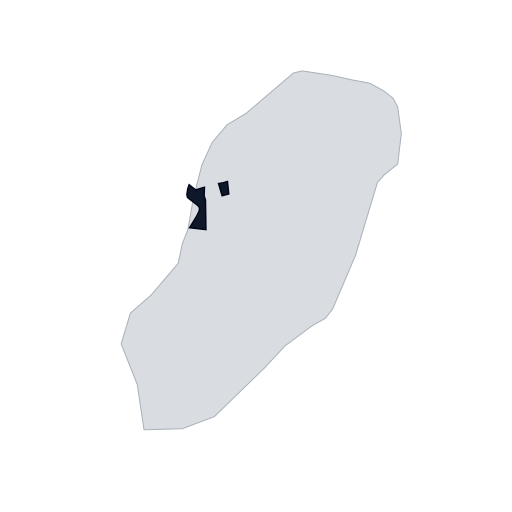 where Ad Dawhah sits in Qatar, rotated 208°
{"feature_id": "QAT-1099", "entity_name": "Ad Dawhah", "entity_type": "Municipality", "adm_level": 1, "iso_a3": "QAT", "parent_name": "Qatar", "parent_adm1": "", "projection": "natural_earth1", "projection_center": [51.524, 25.27], "detail": "fine", "context": "in_parent", "style": "filled", "palette": "ink", "viewbox_px": 512, "rotation_deg": 208, "n_neighbors": 0, "source": "natural_earth", "source_scale": "10m", "svg_char_len": 902}
<svg xmlns="http://www.w3.org/2000/svg" viewBox="0 0 512 512"><g transform="rotate(208 256 256)"><path d="M274.3,450.9L254.8,456.3L236.5,462.0L221.2,461.8L208.9,459.6L200.8,454.1L185.1,432.2L174.1,403.7L180.9,387.9L183.3,378.0L168.4,303.1L163.5,245.6L165.4,233.8L174.0,220.2L188.2,190.2L195.9,161.3L217.4,94.6L240.0,68.9L273.3,50.0L300.6,86.9L333.8,115.1L340.1,146.6L330.3,172.2L321.3,213.0L326.7,231.8L328.7,248.0L337.7,275.3L346.5,310.7L348.0,335.4L343.2,358.2L331.7,377.4L308.9,435.1L302.1,441.1L274.3,450.9Z" fill="#d9dde1" stroke="#a8b0b8" stroke-width="1"/><path d="M327.9,249.8L327.1,263.5L327.3,269.2L328.5,272.1L331.2,273.3L343.9,275.5L345.9,277.8L347.7,283.0L348.5,287.5L347.0,287.3L340.4,286.0L333.8,292.5L330.0,284.7L326.9,281.7L312.6,255.8L327.9,249.8ZM323.1,302.4L319.4,305.2L316.2,308.4L309.2,298.0L314.2,293.3L323.1,302.4Z" fill="#0f172a" stroke="#020617" stroke-width="1.5"/></g></svg>